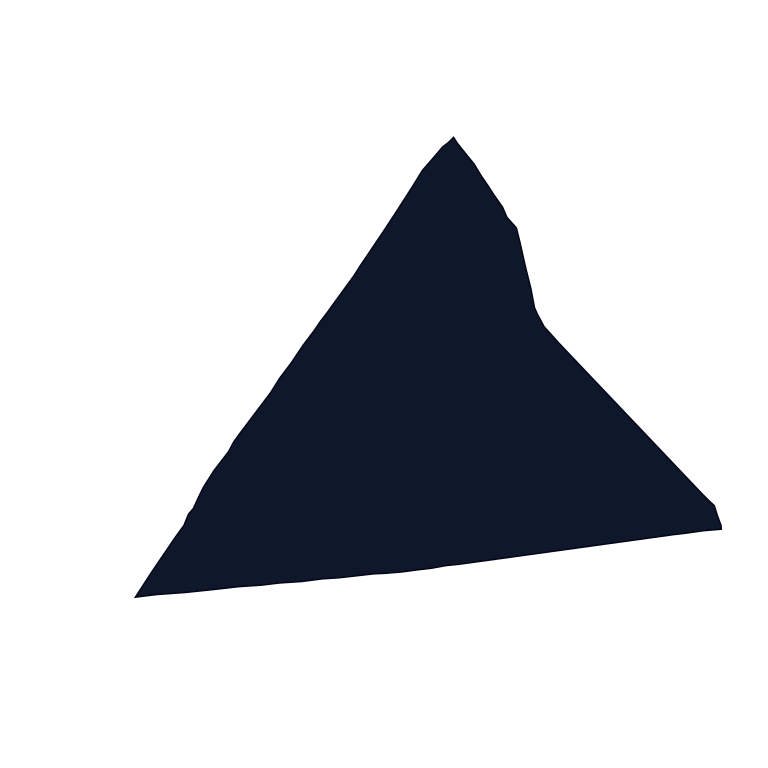 the district of Ain Al-Tamur, Karbala', Iraq, rotated 76°
{"feature_id": "34846034B94422481549269", "entity_name": "Ain Al-Tamur", "entity_type": "district", "adm_level": 2, "iso_a3": "IRQ", "parent_name": "Iraq", "parent_adm1": "Karbala'", "projection": "orthographic", "projection_center": [43.515, 32.483], "detail": "fine", "context": "isolated", "style": "filled", "palette": "ink", "viewbox_px": 768, "rotation_deg": 76, "n_neighbors": 0, "source": "geoboundaries", "source_scale": "gbopen_adm2", "svg_char_len": 1101}
<svg xmlns="http://www.w3.org/2000/svg" viewBox="0 0 768 768"><g transform="rotate(76 384 384)"><path d="M530.7,676.8L533.3,655.5L538.2,627.4L542.3,598.3L545.5,574.0L549.5,551.8L551.8,533.5L555.8,511.3L558.1,491.3L561.2,474.1L563.5,456.8L565.7,440.0L568.0,428.7L570.7,412.0L572.5,395.8L574.3,382.3L574.4,380.1L575.2,367.7L577.0,355.3L577.9,347.2L600.1,140.4L601.9,126.4L603.6,109.7L606.5,91.8L602.7,91.2L591.9,92.4L582.0,92.9L575.9,96.9L567.4,102.0L393.2,200.7L386.8,204.3L367.1,214.8L352.9,218.4L346.3,219.5L326.9,218.4L305.7,218.4L279.2,217.8L264.6,217.8L251.8,224.5L241.4,226.1L226.8,231.7L216.8,235.1L205.0,239.5L192.2,243.4L182.8,247.9L168.1,254.6L161.5,256.8L165.2,263.0L168.1,269.7L177.0,282.1L186.0,295.0L199.2,308.5L210.9,320.9L220.4,331.0L235.0,346.8L263.3,378.2L271.4,386.7L287.4,405.8L295.9,415.9L301.6,422.6L307.8,430.5L314.9,438.4L326.7,453.0L340.9,468.7L352.7,483.3L365.0,496.2L398.2,537.2L403.9,543.9L412.0,551.2L426.7,569.7L440.0,583.7L448.5,591.0L458.5,598.9L462.8,605.0L472.7,612.3L483.2,624.7L510.8,655.5L530.7,676.8Z" fill="#0f172a" stroke="#020617" stroke-width="1.5"/></g></svg>